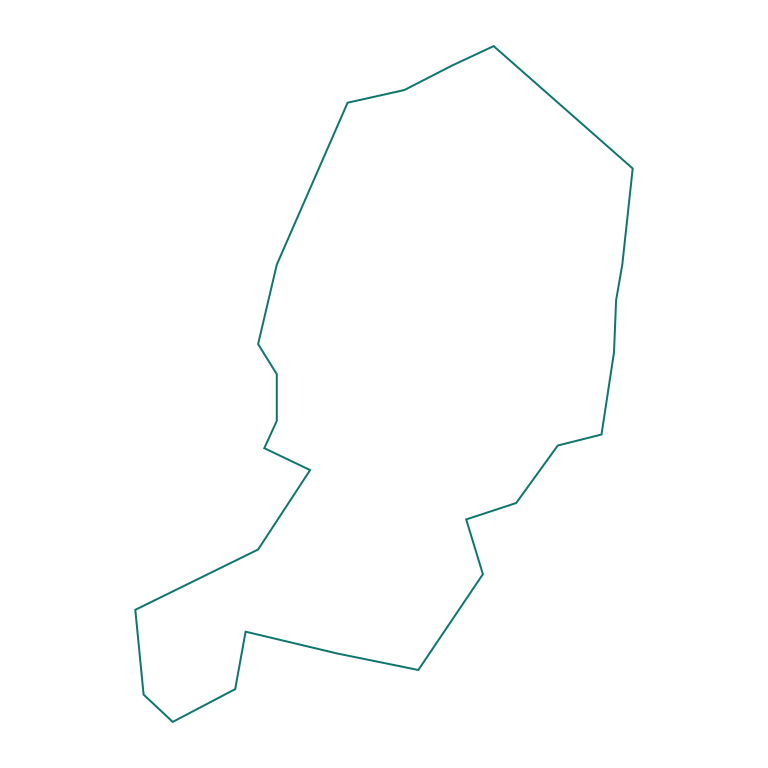 Devoll, Korçë, Albania
{"feature_id": "67620474B41402008781007", "entity_name": "Devoll", "entity_type": "district", "adm_level": 2, "iso_a3": "ALB", "parent_name": "Albania", "parent_adm1": "Korçë", "projection": "mercator", "projection_center": [20.941, 40.579], "detail": "fine", "context": "isolated", "style": "outline", "palette": "teal", "viewbox_px": 768, "rotation_deg": 0, "n_neighbors": 0, "source": "geoboundaries", "source_scale": "gbopen_adm2", "svg_char_len": 460}
<svg xmlns="http://www.w3.org/2000/svg" viewBox="0 0 768 768"><path d="M135.3,609.8L143.6,694.6L172.7,721.9L235.2,689.1L245.6,631.7L337.2,653.5L418.3,670.0L482.9,574.2L466.2,519.4L516.2,503.0L557.8,445.5L601.5,434.5L614.0,352.3L616.1,300.2L622.3,264.6L632.7,168.5L493.6,46.1L452.3,65.4L404.4,90.0L347.6,102.7L276.8,264.6L258.1,344.1L276.8,374.2L276.8,420.8L264.3,448.2L310.1,470.1L258.1,549.5L135.3,609.8Z" fill="none" stroke="#0f766e" stroke-width="2"/></svg>